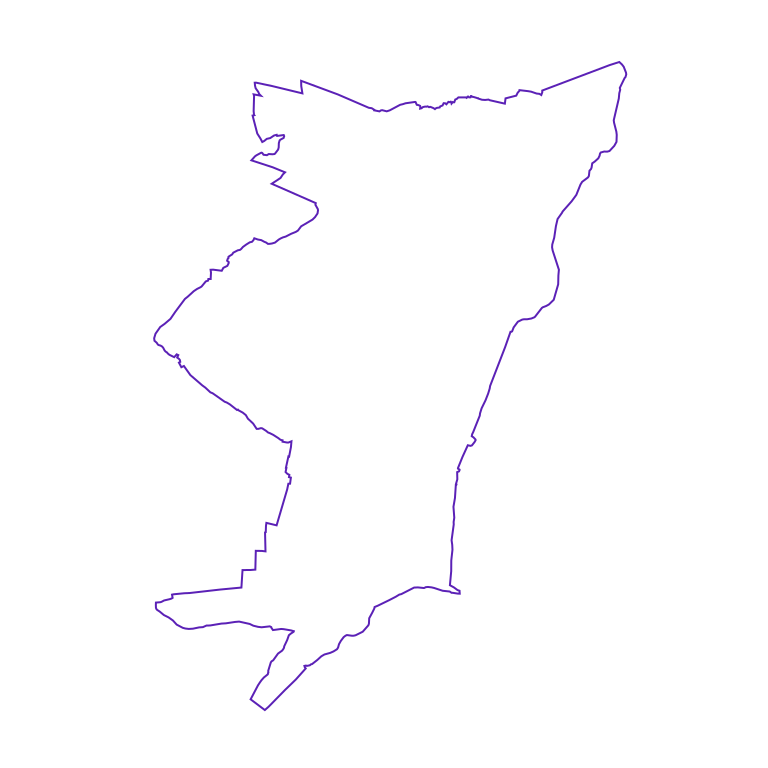 Vulturesti, Suceava, Romania, rotated 272°
{"feature_id": "2599482B79576110645349", "entity_name": "Vulturesti", "entity_type": "district", "adm_level": 2, "iso_a3": "ROU", "parent_name": "Romania", "parent_adm1": "Suceava", "projection": "mercator", "projection_center": [26.409, 47.519], "detail": "fine", "context": "isolated", "style": "outline", "palette": "violet", "viewbox_px": 768, "rotation_deg": 272, "n_neighbors": 0, "source": "geoboundaries", "source_scale": "gbopen_adm2", "svg_char_len": 6147}
<svg xmlns="http://www.w3.org/2000/svg" viewBox="0 0 768 768"><g transform="rotate(272 384 384)"><path d="M688.1,609.3L698.2,613.8L699.1,614.6L701.9,615.3L703.6,615.0L709.4,612.5L711.7,610.6L714.0,607.9L710.6,598.4L682.8,531.9L681.1,532.0L678.3,531.1L679.4,529.2L679.6,526.4L681.3,520.8L681.7,517.7L682.4,509.2L681.9,509.2L679.7,507.4L676.8,506.1L673.7,495.5L668.4,495.0L671.3,479.8L671.9,478.5L671.4,475.2L671.5,472.0L672.5,468.5L672.9,468.1L672.8,467.5L673.1,466.9L674.0,463.4L674.1,462.2L674.8,461.4L674.8,460.8L673.5,460.4L673.4,459.0L674.2,458.2L674.1,457.5L672.8,456.6L673.3,455.7L673.0,448.3L671.4,446.7L670.8,445.3L668.0,444.4L667.9,443.9L668.2,442.9L666.6,441.7L668.2,441.2L668.5,440.9L667.9,439.4L668.2,438.5L665.7,436.6L666.7,435.3L666.7,433.8L664.4,432.8L663.4,430.5L662.3,430.0L661.8,427.2L661.2,426.0L660.5,425.3L661.4,423.9L662.4,421.2L662.6,420.4L662.2,419.4L663.0,417.9L662.6,416.5L662.7,415.5L662.1,413.2L660.9,411.9L660.5,410.5L662.3,410.7L663.2,410.4L663.9,408.8L664.2,407.0L666.9,405.7L667.0,405.3L665.3,395.7L664.3,393.0L663.6,390.4L657.7,380.2L656.6,377.2L657.6,372.6L657.3,371.3L656.3,370.0L657.1,365.0L657.4,365.2L659.2,362.1L659.5,359.2L671.8,327.7L684.1,290.6L678.9,290.9L671.6,292.3L677.9,261.6L680.7,245.6L680.6,244.3L677.6,244.7L675.1,245.4L671.6,248.1L669.4,249.2L667.8,250.9L668.9,243.6L667.4,244.1L652.1,244.2L648.5,244.7L648.1,245.0L647.7,243.3L629.9,248.6L625.1,251.9L621.6,253.9L622.7,255.8L624.9,258.3L625.8,261.7L628.5,265.4L629.3,268.1L628.2,268.5L629.3,275.1L628.2,275.6L626.4,275.1L624.6,272.0L623.8,271.2L621.1,270.5L616.7,270.5L614.6,270.0L610.5,267.1L610.0,266.5L609.7,264.5L609.8,260.8L608.6,259.0L608.9,255.6L610.6,254.3L610.9,253.7L610.8,253.1L608.1,248.5L607.0,247.1L602.9,243.7L596.7,265.2L592.1,277.7L589.9,275.6L586.3,273.4L580.2,264.8L562.4,309.5L560.7,309.2L556.6,311.7L555.4,312.0L552.1,311.6L548.3,309.2L545.8,306.8L538.7,295.7L534.3,292.6L532.9,290.5L530.9,286.0L527.9,280.6L527.0,277.9L525.9,275.7L524.7,273.8L521.5,270.1L520.5,267.1L520.1,264.9L520.0,263.1L521.3,261.2L521.9,259.5L523.5,256.3L524.0,252.9L525.1,249.3L523.2,248.5L521.5,247.1L520.9,244.9L518.6,241.5L516.0,238.2L513.9,236.5L513.0,235.4L512.5,233.2L510.0,228.8L508.2,227.7L506.1,224.6L505.4,224.0L504.5,224.2L503.5,223.4L501.7,222.9L500.4,224.6L499.2,224.5L496.6,223.3L494.5,219.4L491.5,217.9L492.3,209.3L492.1,206.7L489.2,207.2L482.9,207.1L482.8,204.8L481.2,204.6L480.3,202.3L475.2,198.4L474.4,197.4L472.5,193.9L470.1,190.6L464.4,184.8L462.1,182.1L449.0,173.0L441.6,168.3L436.4,162.6L433.2,158.4L426.3,153.9L421.7,152.7L419.2,153.1L417.3,155.4L415.6,156.6L415.1,157.3L414.6,159.3L413.8,160.8L412.6,162.0L409.8,163.6L408.7,164.7L407.9,166.1L407.1,166.7L405.7,168.5L403.5,173.4L406.4,175.8L405.7,177.4L403.2,176.4L401.9,178.3L400.8,179.2L399.0,179.6L398.2,178.3L393.7,180.9L395.0,183.4L386.1,190.2L376.3,202.4L374.2,205.5L369.6,210.8L368.8,213.0L360.7,225.4L360.0,227.5L358.3,230.6L352.9,238.0L353.3,238.9L352.7,239.4L350.5,243.8L348.1,247.0L344.6,249.2L339.9,254.6L334.7,258.3L334.8,260.0L335.6,262.6L335.4,263.9L333.0,267.9L331.5,269.8L330.9,271.6L329.3,275.1L326.1,280.5L325.0,281.9L324.4,283.2L324.2,284.6L322.8,284.6L322.1,289.3L322.2,290.6L323.5,293.5L317.7,293.2L308.1,291.7L308.3,291.0L296.8,288.9L296.7,289.4L292.6,288.7L290.9,290.5L289.9,292.6L287.6,292.3L287.2,294.2L281.1,293.6L281.0,291.9L275.2,290.9L239.0,281.6L241.1,271.3L238.0,271.0L231.8,271.0L231.5,270.3L212.6,271.4L212.9,267.8L212.8,261.7L194.0,261.9L193.5,257.5L193.1,249.1L175.6,248.6L172.8,227.0L168.3,196.9L167.9,191.7L166.5,181.1L166.1,179.5L162.9,180.2L162.2,179.2L161.5,177.4L160.0,171.8L158.5,169.2L158.1,168.0L157.6,163.7L155.1,163.7L152.3,163.9L151.0,164.5L150.3,165.2L148.8,167.7L145.4,172.1L143.2,176.9L140.3,181.3L136.3,185.2L133.3,191.4L132.7,194.0L132.4,197.4L132.8,201.6L134.3,207.7L134.7,211.5L136.4,215.0L136.6,218.6L138.9,230.0L139.3,234.3L141.0,243.4L141.5,247.5L139.5,258.2L137.9,261.8L136.9,266.6L136.6,270.2L137.8,278.3L137.1,279.8L136.4,280.0L134.2,281.6L135.6,289.8L135.5,292.2L134.5,299.7L133.8,302.5L133.2,302.3L131.3,299.6L129.6,297.7L124.8,296.2L118.3,293.4L117.0,293.3L115.4,292.5L113.9,291.4L110.9,287.5L104.0,282.9L102.9,281.3L101.8,280.6L93.3,278.3L91.5,278.5L91.2,278.2L89.8,278.0L86.5,274.2L83.7,271.9L81.6,270.5L78.5,268.6L64.2,261.7L54.0,276.3L57.4,279.9L74.6,295.6L85.6,306.2L97.0,315.7L98.2,314.7L99.5,314.3L99.9,315.9L99.6,316.6L99.7,317.3L100.3,319.7L101.3,320.8L101.6,321.9L105.8,326.9L109.7,330.9L111.6,333.9L113.4,339.6L115.0,342.9L117.3,346.3L119.0,347.3L122.4,348.1L125.7,349.8L129.6,352.5L131.1,354.3L131.8,355.7L131.3,360.8L131.4,362.5L131.9,364.4L135.7,371.4L142.3,376.8L143.9,377.3L149.4,377.4L155.0,380.2L159.2,382.1L160.8,382.4L162.2,385.5L168.2,396.8L171.8,403.2L174.1,406.7L174.6,408.6L181.6,421.2L181.9,425.0L181.5,430.8L181.6,431.4L182.4,432.8L182.7,435.0L182.4,438.7L181.9,441.2L179.4,449.9L178.9,456.9L177.7,458.8L177.7,460.1L177.1,465.1L177.1,467.0L180.0,466.7L180.6,464.7L183.2,460.9L185.2,456.9L199.3,457.7L209.9,457.4L220.8,458.2L225.6,457.8L230.2,457.0L246.1,458.6L248.5,458.4L252.8,458.9L263.7,457.7L272.6,458.9L285.3,459.3L285.5,459.7L286.2,459.9L286.5,459.4L291.3,460.6L298.5,460.2L299.3,462.0L300.5,462.5L301.1,462.5L302.0,460.9L302.4,460.8L313.9,465.0L325.7,469.9L325.2,472.6L325.7,474.0L329.1,476.5L331.0,477.5L331.7,477.4L333.8,475.3L334.9,473.5L337.0,473.9L339.0,474.8L355.7,480.8L358.0,481.0L363.1,482.4L371.2,486.0L378.0,488.4L383.2,489.8L385.7,490.1L425.2,503.8L440.6,508.6L440.6,509.4L441.1,510.2L445.1,511.6L450.9,515.6L453.2,519.9L453.6,521.7L453.7,524.8L454.6,529.0L455.9,531.9L456.5,532.6L465.5,539.1L466.2,540.0L467.6,543.3L469.2,546.0L474.1,550.7L489.7,554.6L498.5,554.5L504.3,554.8L523.3,547.9L526.5,547.2L529.3,547.3L536.1,549.0L547.7,550.3L554.9,551.7L561.6,556.1L562.5,556.4L573.1,565.1L579.7,569.6L590.2,573.4L593.0,575.0L597.6,580.7L599.1,581.5L604.3,581.9L606.1,583.4L607.5,583.9L611.8,584.4L613.6,586.8L617.0,590.3L619.7,591.5L621.6,591.8L622.9,592.5L624.0,595.9L624.0,598.9L624.7,601.2L630.0,605.8L634.1,607.9L641.1,607.9L644.3,607.4L653.2,604.8L655.6,604.4L677.5,608.7L682.9,609.0L686.3,609.8L688.1,609.3Z" fill="none" stroke="#5b21b6" stroke-width="2"/></g></svg>